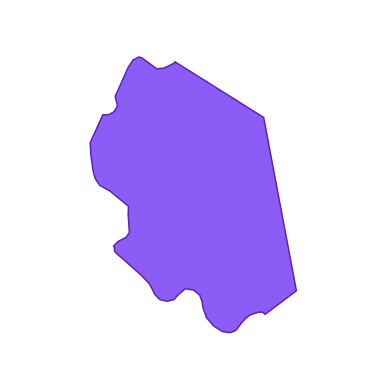 Black Mallet, Castries, Saint Lucia, rotated 159°
{"feature_id": "8701671B81790835951847", "entity_name": "Black Mallet", "entity_type": "district", "adm_level": 2, "iso_a3": "LCA", "parent_name": "Saint Lucia", "parent_adm1": "Castries", "projection": "albers", "projection_center": [-60.988, 14.005], "detail": "fine", "context": "isolated", "style": "filled", "palette": "violet", "viewbox_px": 384, "rotation_deg": 159, "n_neighbors": 0, "source": "geoboundaries", "source_scale": "gbopen_adm2", "svg_char_len": 916}
<svg xmlns="http://www.w3.org/2000/svg" viewBox="0 0 384 384"><g transform="rotate(159 192 192)"><path d="M202.5,46.9L200.7,47.2L197.9,48.7L192.3,52.3L187.7,54.5L182.4,56.3L177.8,56.3L172.9,55.9L169.0,54.5L167.6,51.6L129.9,62.4L98.4,235.9L161.3,319.7L162.5,318.7L173.7,317.7L180.8,319.7L186.4,328.4L190.5,335.0L193.1,337.1L199.7,336.4L206.7,331.4L229.4,308.8L230.7,299.1L234.3,296.1L237.0,294.6L242.4,294.1L244.0,294.7L247.6,296.0L269.4,274.5L273.1,263.0L275.3,253.4L276.8,247.0L277.5,239.0L275.8,231.2L268.6,222.8L256.4,201.4L259.5,194.4L265.0,176.6L269.5,173.4L278.5,172.4L284.6,169.7L284.4,167.9L285.6,164.3L283.6,160.0L280.7,154.8L275.9,145.3L271.6,137.1L269.7,133.6L264.6,121.2L263.3,109.3L260.5,103.0L254.3,98.9L247.3,98.0L242.2,100.8L232.9,104.1L225.6,99.8L221.7,92.8L221.9,85.9L223.2,80.0L223.6,69.7L219.8,59.3L213.7,50.8L206.7,47.0L202.5,46.9Z" fill="#8b5cf6" stroke="#5b21b6" stroke-width="1.5"/></g></svg>